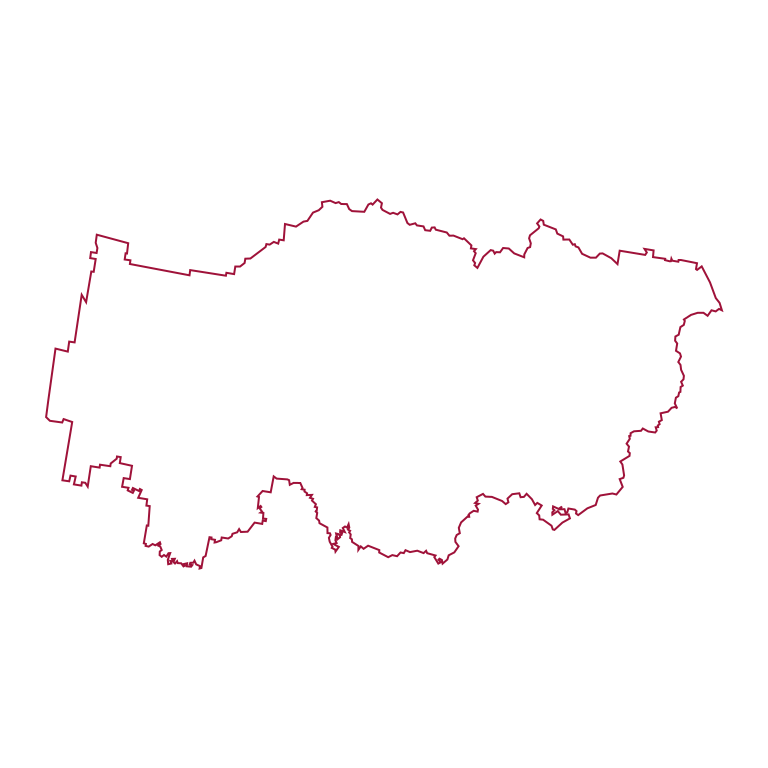 outline of Greater Hume, New South Wales, Australia
{"feature_id": "25037944B5872723036943", "entity_name": "Greater Hume", "entity_type": "district", "adm_level": 2, "iso_a3": "AUS", "parent_name": "Australia", "parent_adm1": "New South Wales", "projection": "orthographic", "projection_center": [147.32, -35.758], "detail": "fine", "context": "isolated", "style": "outline", "palette": "rose", "viewbox_px": 768, "rotation_deg": 0, "n_neighbors": 0, "source": "geoboundaries", "source_scale": "gbopen_adm2", "svg_char_len": 6095}
<svg xmlns="http://www.w3.org/2000/svg" viewBox="0 0 768 768"><path d="M335.5,551.6L338.8,546.9L333.3,543.9L336.6,543.0L335.4,540.4L335.9,536.8L337.0,536.8L337.5,539.3L340.1,537.2L339.7,534.4L336.4,534.8L336.1,533.5L341.5,534.9L342.1,533.1L340.1,532.1L340.3,530.3L344.8,532.0L342.8,528.0L345.0,526.5L347.0,527.6L348.6,524.1L349.3,527.6L348.0,529.6L350.1,530.8L349.1,532.3L350.7,534.4L350.2,538.1L351.9,539.3L352.1,541.9L358.5,546.0L358.4,549.8L360.8,546.4L363.6,548.8L368.1,545.7L379.3,550.1L379.2,552.5L388.2,557.2L392.3,555.1L397.1,556.2L400.5,552.5L403.8,553.1L405.5,550.2L410.0,552.1L417.3,550.7L423.6,553.1L426.1,550.8L427.2,553.2L435.5,555.5L434.3,557.1L438.3,563.6L440.7,562.3L438.5,559.7L439.5,558.7L441.9,560.0L442.6,563.6L447.4,559.5L448.7,555.3L454.3,552.4L458.6,546.2L455.4,541.9L455.2,538.5L456.7,535.0L459.8,533.2L458.8,527.8L461.1,522.4L467.3,516.8L469.2,516.8L469.0,515.2L467.9,515.8L469.7,513.4L473.7,510.8L477.6,511.6L478.0,509.6L475.7,505.6L478.5,503.8L475.1,503.0L477.8,500.6L476.7,497.2L483.0,493.9L485.4,496.6L491.9,496.9L502.1,501.0L505.7,504.1L508.4,502.3L507.5,498.6L512.2,494.2L519.3,493.3L520.6,497.2L523.9,496.9L526.6,493.8L531.9,499.2L535.1,505.0L537.3,502.9L541.7,505.5L536.8,513.1L539.2,515.4L539.6,519.3L543.1,519.7L551.5,525.7L552.8,529.4L554.4,529.9L562.4,522.6L569.9,518.4L568.6,514.4L560.9,514.7L557.8,511.1L552.4,514.7L552.3,512.3L554.4,510.2L552.8,508.9L553.1,506.4L558.6,508.9L561.9,506.6L560.3,509.3L564.5,509.2L565.5,512.7L567.3,512.2L568.4,508.5L574.8,509.6L576.5,511.1L576.0,513.5L578.2,515.1L587.4,508.3L595.7,505.0L598.0,497.7L600.1,495.5L612.4,493.5L616.4,494.5L622.7,486.9L619.7,479.1L623.4,477.8L624.1,475.4L622.4,464.5L620.3,461.5L629.5,455.9L629.8,453.1L628.0,451.5L629.0,446.6L626.6,443.7L629.8,438.8L629.2,436.1L630.5,435.8L630.6,433.2L634.0,431.3L641.0,430.8L642.8,428.5L648.3,431.5L655.2,432.5L656.7,430.6L655.7,427.3L658.1,427.1L657.8,425.5L659.6,424.2L658.9,421.7L661.8,420.1L660.6,413.3L668.0,411.7L671.6,407.8L675.2,406.9L677.2,408.4L674.8,403.4L675.9,397.7L678.3,396.2L679.1,392.5L680.4,391.9L680.6,387.0L682.8,385.6L681.1,381.8L683.5,379.3L683.9,375.8L681.1,369.8L680.5,364.9L678.3,362.0L681.0,356.6L680.0,353.4L676.0,350.8L677.2,343.5L675.1,340.7L675.4,336.5L678.7,334.7L680.4,327.1L683.8,324.9L684.8,320.9L683.9,319.5L691.0,314.9L697.7,312.8L703.5,312.8L707.6,315.8L711.5,310.3L715.7,311.4L719.0,308.9L721.9,310.3L719.6,302.9L715.8,298.1L710.0,282.4L701.7,266.4L697.1,269.9L696.0,269.1L697.0,263.2L680.9,260.0L678.6,260.0L678.3,261.7L672.3,260.7L671.4,258.7L670.9,261.2L669.8,261.3L665.0,260.1L665.2,258.8L653.0,257.1L653.6,250.4L644.5,248.9L646.8,252.5L645.2,254.9L619.7,250.7L617.5,264.1L611.3,258.2L602.6,253.4L599.8,253.6L595.9,257.7L590.5,257.7L582.1,253.8L578.4,247.4L575.6,246.4L574.8,244.2L572.8,244.7L569.3,239.5L563.4,239.6L563.1,236.4L557.3,233.6L555.8,229.4L543.8,224.7L543.2,220.9L540.6,219.5L537.1,223.4L539.4,226.5L538.7,228.3L530.0,235.3L529.1,238.3L530.8,243.3L530.1,247.1L527.6,248.0L524.3,254.4L524.2,257.3L514.2,253.4L508.8,248.5L503.1,248.0L500.0,252.3L496.2,252.1L494.7,253.6L493.2,250.7L490.7,250.1L483.4,256.7L477.4,267.9L474.3,265.3L475.1,263.0L473.0,260.3L475.7,253.2L474.0,251.2L475.8,249.1L470.9,248.4L471.4,245.4L464.0,238.3L462.6,239.2L453.5,235.6L449.4,235.7L446.8,232.5L435.8,229.7L434.6,227.4L431.8,227.6L430.2,230.8L425.2,230.2L423.5,226.4L416.9,225.4L415.3,223.3L409.7,224.8L407.4,223.0L403.1,212.5L400.5,211.9L397.5,214.4L393.1,212.8L390.1,213.9L382.5,209.9L381.0,207.6L381.9,203.2L377.4,199.5L372.6,204.6L371.0,203.3L368.4,204.5L364.3,211.8L352.0,211.1L349.2,209.1L346.9,204.1L341.2,204.0L338.8,202.1L335.6,203.1L330.2,200.7L321.9,202.2L322.4,206.8L318.8,210.2L313.0,212.6L307.4,220.9L303.5,221.6L296.0,226.6L285.0,224.0L283.7,240.3L279.2,239.6L278.2,243.6L273.8,241.9L269.7,244.6L266.4,244.1L265.6,247.0L250.4,258.5L245.3,258.7L244.6,263.0L240.1,266.5L235.3,266.5L234.1,274.1L226.4,272.8L225.9,275.7L190.2,270.1L189.5,275.3L129.9,264.0L130.4,260.3L124.7,259.5L125.6,253.3L127.0,253.5L128.2,243.2L96.8,234.7L95.7,242.8L97.4,248.0L96.6,253.0L91.0,252.1L90.2,258.1L95.7,259.0L93.7,271.8L91.3,271.5L86.1,302.2L81.7,294.8L74.6,342.4L69.2,341.6L67.8,351.6L55.5,348.6L48.3,400.3L46.1,417.1L49.9,420.8L62.2,422.5L63.6,419.1L72.2,422.0L62.4,480.3L69.2,481.3L70.5,475.6L75.7,476.5L73.9,484.4L81.4,485.6L81.9,482.3L85.3,482.8L87.7,486.6L90.8,466.2L99.6,467.6L100.0,464.7L110.3,466.2L110.7,463.5L116.7,458.7L117.0,456.5L120.7,457.1L119.8,463.1L132.0,465.8L129.9,479.1L123.7,478.1L122.1,486.8L128.5,487.8L127.7,490.4L132.8,492.9L133.9,490.8L132.0,489.9L132.9,488.0L139.0,491.0L139.9,489.0L141.7,490.0L138.2,497.8L147.2,499.3L146.4,505.6L149.7,506.1L148.3,525.7L146.8,525.5L143.8,543.3L145.9,543.9L145.6,545.9L148.7,546.6L152.6,544.0L155.3,545.3L159.9,542.3L160.5,544.0L158.4,545.7L160.3,546.6L161.7,550.0L159.8,551.5L159.6,555.1L161.7,556.8L164.0,555.0L166.3,556.6L168.5,553.2L170.2,553.1L167.8,559.8L168.2,564.2L171.3,563.5L170.4,561.0L172.8,561.5L172.0,558.9L174.8,558.8L173.5,562.1L175.0,563.5L177.1,561.2L177.7,563.1L181.2,563.3L183.5,566.4L185.0,565.6L184.0,564.0L187.1,563.3L186.7,566.3L191.1,566.7L192.3,565.1L189.7,564.4L190.3,562.8L193.3,562.7L194.5,560.7L196.2,564.4L200.0,566.1L199.6,568.5L201.4,568.0L203.2,557.4L205.6,556.0L209.5,537.2L211.5,537.5L211.3,539.2L215.0,539.8L214.6,542.5L216.3,542.2L221.2,540.3L221.7,537.5L228.2,538.5L231.7,536.3L232.5,533.8L237.2,532.3L239.1,529.1L240.9,532.0L247.6,531.7L254.6,522.6L262.2,523.9L262.7,520.6L265.8,521.1L266.2,518.9L263.0,518.5L263.4,513.0L260.7,512.6L262.1,511.7L259.6,508.3L261.3,507.0L260.6,506.0L257.8,508.1L259.0,497.0L257.5,496.5L262.6,491.0L270.7,492.3L273.7,476.4L276.6,478.6L287.4,479.4L289.1,480.2L289.8,484.8L293.6,482.9L300.3,483.0L302.5,487.9L301.7,489.2L304.6,489.7L304.5,491.5L307.1,493.3L306.8,495.1L311.9,494.9L310.0,497.8L313.0,498.8L312.0,500.6L315.9,504.2L314.8,506.9L317.1,507.4L316.6,511.4L315.1,510.9L317.2,512.9L316.3,518.1L319.1,520.6L319.5,523.2L327.4,527.5L327.5,533.1L330.0,533.3L330.6,535.0L328.9,537.8L329.7,541.7L332.5,546.7L331.8,547.9L335.2,549.6L335.5,551.6Z" fill="none" stroke="#9f1239" stroke-width="2"/></svg>